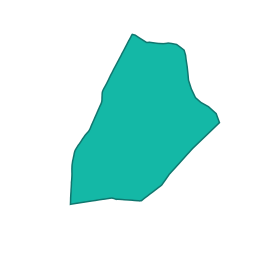 Nuzha, Al Qahirah, Egypt, rotated 316°
{"feature_id": "37247803B21469576264473", "entity_name": "Nuzha", "entity_type": "district", "adm_level": 2, "iso_a3": "EGY", "parent_name": "Egypt", "parent_adm1": "Al Qahirah", "projection": "robinson", "projection_center": [31.378, 30.115], "detail": "fine", "context": "isolated", "style": "filled", "palette": "teal", "viewbox_px": 256, "rotation_deg": 316, "n_neighbors": 0, "source": "geoboundaries", "source_scale": "gbopen_adm2", "svg_char_len": 4206}
<svg xmlns="http://www.w3.org/2000/svg" viewBox="0 0 256 256"><g transform="rotate(316 128 128)"><path d="M33.6,142.9L33.8,143.0L46.0,151.6L50.4,154.7L51.8,155.7L54.5,157.7L55.6,158.4L56.3,158.9L57.5,159.7L58.7,160.6L60.0,161.5L60.9,162.2L61.0,162.3L61.3,162.5L61.8,162.9L62.8,163.6L64.4,164.7L65.2,165.3L66.0,165.8L66.6,166.3L67.3,166.8L67.7,167.2L68.0,167.5L68.3,168.1L68.7,168.6L69.2,169.6L69.7,170.5L69.9,171.1L70.1,171.1L70.5,171.4L70.8,171.8L71.3,172.3L72.6,173.7L73.4,174.6L74.3,175.6L75.3,176.8L76.3,177.9L77.7,179.4L78.7,180.5L80.1,182.0L81.2,183.3L82.0,184.3L83.7,186.2L85.2,187.8L85.8,188.6L86.0,188.7L86.1,188.8L86.3,188.9L86.4,189.0L86.6,189.1L87.0,189.4L87.1,189.6L87.4,189.7L87.8,189.7L89.4,189.8L90.7,189.9L90.8,189.9L93.2,190.2L94.6,190.4L97.8,190.7L101.4,191.2L104.1,191.5L104.3,191.5L105.8,191.7L108.8,192.0L110.1,192.2L111.0,192.3L111.9,192.4L112.4,192.4L112.9,192.4L114.4,192.1L116.1,191.8L118.3,191.4L119.9,191.1L122.3,190.6L124.0,190.3L124.9,190.1L125.0,190.0L125.5,189.9L126.6,189.9L128.9,189.7L131.1,189.6L134.4,189.4L136.9,189.2L140.3,189.0L142.8,188.8L147.1,188.5L149.5,188.3L152.1,188.1L154.6,188.0L157.1,187.8L158.6,187.7L160.7,187.6L197.5,187.7L201.4,178.9L200.7,168.6L198.2,160.3L197.6,153.0L200.7,143.8L204.7,135.7L208.8,130.6L213.0,125.2L217.1,119.4L220.0,115.6L222.4,111.0L221.8,106.5L221.0,101.7L218.0,97.4L216.0,94.9L214.3,93.7L212.0,91.9L208.7,88.4L207.6,87.1L205.4,84.3L203.0,81.2L202.9,81.3L200.8,79.4L198.7,70.9L197.7,66.2L196.1,63.6L195.9,63.6L195.7,63.7L194.2,64.1L193.0,64.6L192.3,64.8L191.5,65.0L191.4,65.1L190.8,65.3L189.2,65.7L187.8,66.2L186.6,66.6L185.2,67.1L182.4,68.0L179.8,68.9L177.0,69.8L175.0,70.4L173.8,70.9L172.6,71.3L171.3,71.7L170.0,72.1L168.9,72.5L168.0,72.8L166.3,73.3L164.9,73.8L163.9,74.1L162.4,74.6L159.2,75.6L158.6,75.8L157.7,76.1L156.7,76.5L154.7,77.2L154.3,77.3L152.1,78.0L151.8,78.2L151.6,78.2L151.0,78.4L150.4,78.7L149.7,78.9L148.9,79.2L147.7,79.7L146.5,80.1L145.7,80.4L145.1,80.6L144.0,81.0L143.2,81.3L142.8,81.4L141.8,81.7L140.3,82.2L139.2,82.5L138.2,82.8L137.4,83.1L136.5,83.4L135.4,83.9L134.8,84.2L134.4,84.4L134.2,84.6L133.7,85.0L133.0,85.6L132.4,86.2L131.6,87.0L130.9,87.6L130.1,88.4L129.6,88.9L129.1,89.4L128.7,89.8L128.5,90.0L128.4,90.0L128.2,90.2L128.1,90.3L127.8,90.5L127.7,90.6L127.5,90.8L127.4,90.8L127.2,90.9L127.2,91.0L126.9,91.1L126.7,91.2L126.6,91.3L126.4,91.4L126.3,91.5L126.1,91.5L125.9,91.6L125.7,91.7L125.5,91.8L125.4,91.9L125.2,91.9L125.1,92.0L124.9,92.1L124.5,92.2L124.4,92.3L124.2,92.3L123.8,92.5L123.7,92.5L123.4,92.6L123.2,92.7L122.9,92.8L122.7,92.9L122.4,93.0L122.2,93.1L121.9,93.2L121.6,93.3L121.4,93.4L121.1,93.6L120.9,93.7L120.6,93.8L120.3,93.9L120.2,93.9L120.1,94.0L119.8,94.1L119.6,94.2L119.4,94.2L119.3,94.3L119.1,94.4L118.9,94.4L118.8,94.5L118.6,94.6L118.4,94.7L118.1,94.8L117.8,94.9L117.7,94.9L117.6,95.0L117.3,95.1L117.1,95.2L116.8,95.3L116.6,95.4L116.3,95.5L116.1,95.6L115.9,95.7L115.7,95.8L115.4,95.9L115.3,96.0L115.2,96.0L114.8,96.1L114.7,96.2L114.4,96.3L114.2,96.4L114.0,96.5L113.9,96.5L113.7,96.6L113.3,96.8L113.1,96.8L112.7,97.0L112.4,97.1L112.1,97.3L111.9,97.3L111.6,97.4L111.4,97.5L111.1,97.6L110.8,97.8L110.7,97.8L110.2,98.0L109.9,98.2L109.5,98.3L109.1,98.5L108.6,98.7L108.1,98.9L107.6,99.1L107.0,99.3L106.4,99.6L105.7,99.9L105.0,100.1L104.6,100.3L103.8,100.6L102.7,101.1L101.8,101.5L100.5,102.1L99.6,102.4L98.7,102.7L97.9,102.9L97.3,103.0L96.5,103.1L94.5,103.2L93.7,103.3L92.3,103.4L91.3,103.6L91.2,103.6L90.9,103.7L90.7,103.7L89.9,103.9L88.8,104.1L88.0,104.2L86.9,104.5L84.5,105.1L84.0,105.2L83.4,105.3L82.2,105.6L81.3,105.7L80.6,105.8L80.0,105.9L78.5,106.3L76.8,106.7L76.1,106.9L75.5,107.1L75.3,107.1L75.1,107.2L74.4,107.4L73.8,107.7L73.0,108.1L71.6,109.0L70.6,109.7L70.1,110.1L69.3,110.6L68.5,111.1L67.7,111.7L66.8,112.3L66.0,112.8L65.2,113.3L64.5,113.9L63.7,114.5L63.2,114.9L62.7,115.3L62.0,115.8L61.4,116.4L61.3,116.5L61.2,116.6L60.9,116.8L60.8,117.0L60.7,117.1L60.4,117.3L60.2,117.6L59.9,117.8L59.7,118.0L59.3,118.4L57.0,120.8L56.2,121.7L54.5,123.4L53.1,124.7L51.9,125.8L51.0,126.6L50.0,127.4L49.0,128.3L48.9,128.5L47.5,129.8L45.9,131.3L43.9,133.1L43.5,133.5L43.1,133.9L39.8,136.9L39.2,137.5L38.3,138.3L35.9,140.7L33.6,142.9Z" fill="#14b8a6" stroke="#0f766e" stroke-width="1.5"/></g></svg>